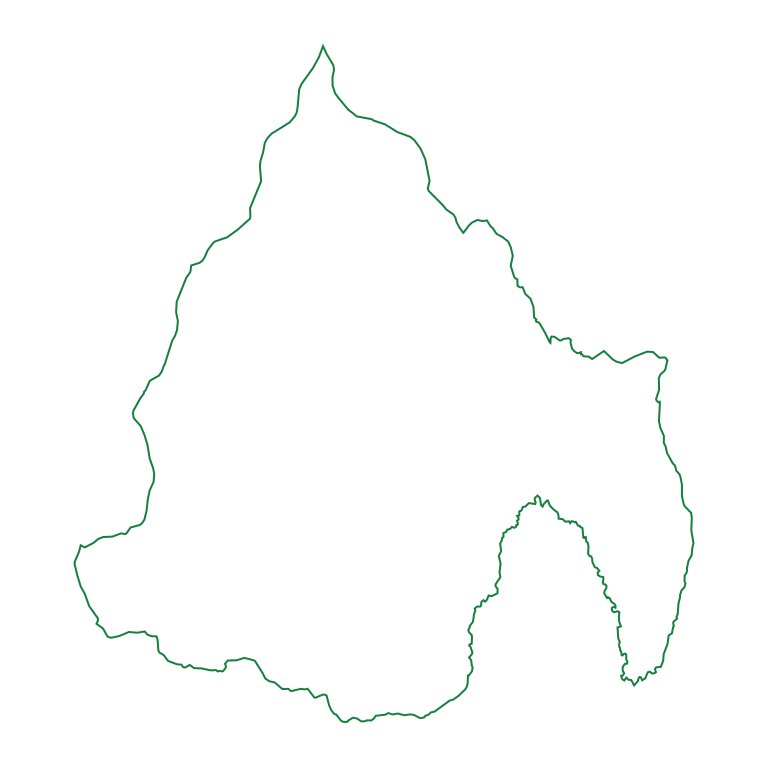 outline of Giraldo, Antioquia, Colombia
{"feature_id": "7082276B20831515538679", "entity_name": "Giraldo", "entity_type": "district", "adm_level": 2, "iso_a3": "COL", "parent_name": "Colombia", "parent_adm1": "Antioquia", "projection": "equal_earth", "projection_center": [-75.917, 6.672], "detail": "fine", "context": "isolated", "style": "outline", "palette": "green", "viewbox_px": 768, "rotation_deg": 0, "n_neighbors": 0, "source": "geoboundaries", "source_scale": "gbopen_adm2", "svg_char_len": 6100}
<svg xmlns="http://www.w3.org/2000/svg" viewBox="0 0 768 768"><path d="M96.5,623.8L103.1,628.6L107.5,636.6L109.3,637.3L111.6,637.7L119.3,636.0L128.9,632.0L137.2,632.7L144.7,631.5L147.4,634.6L151.5,636.2L156.5,636.4L157.5,639.3L158.4,650.5L159.5,652.6L163.7,655.1L168.0,660.9L177.0,664.3L181.3,664.6L183.3,667.2L185.1,667.5L189.7,664.9L194.0,668.1L201.4,668.4L210.9,670.4L216.0,670.1L217.8,671.5L218.9,670.9L222.1,671.4L223.2,671.1L225.6,667.9L226.0,666.2L225.0,663.8L227.8,660.5L236.5,660.3L244.3,657.9L252.7,660.0L254.9,660.9L262.5,672.9L265.3,678.5L269.2,681.2L274.8,682.5L282.3,689.0L288.5,688.9L290.3,690.7L291.7,691.0L300.6,688.9L304.8,689.4L307.7,688.8L314.2,697.4L315.5,697.7L322.6,694.7L324.9,694.6L326.6,695.6L329.1,705.3L331.4,710.4L334.3,714.0L336.3,714.6L340.8,720.5L343.0,721.8L347.2,721.9L348.5,720.4L353.0,717.7L357.3,718.6L361.0,721.3L363.9,721.4L367.3,720.3L371.1,720.5L373.4,719.0L375.8,715.8L385.2,714.7L388.3,713.1L392.8,714.5L397.9,713.5L404.1,715.2L410.5,714.4L413.9,714.9L420.1,718.1L424.3,717.4L425.2,715.9L428.8,714.5L430.6,712.5L434.4,711.7L449.5,700.7L453.4,699.5L458.7,695.7L465.3,689.3L466.7,687.0L467.7,683.3L467.9,675.7L468.5,675.9L472.0,671.3L472.6,667.4L471.8,665.5L471.2,660.1L469.0,657.6L471.9,654.2L472.4,652.5L470.5,647.0L469.2,645.3L469.5,644.5L471.7,643.7L472.0,636.8L471.6,635.0L469.2,632.5L468.3,630.3L469.8,627.2L469.6,626.3L473.0,621.7L474.1,613.9L475.3,610.9L474.7,608.5L477.3,606.5L480.4,606.5L481.2,605.2L481.2,602.7L482.0,601.2L483.5,600.2L484.9,601.6L485.8,601.2L487.1,599.4L488.6,595.5L491.6,596.2L497.5,593.3L497.6,588.9L495.6,586.3L495.5,584.5L500.4,577.1L499.5,572.7L500.6,563.7L498.8,556.0L501.2,551.0L500.1,543.6L501.8,540.4L502.0,538.1L503.5,536.9L503.3,533.2L506.3,531.8L507.1,529.7L510.0,529.0L511.9,526.9L514.3,527.8L516.0,526.8L516.4,525.1L517.1,525.2L518.0,523.9L517.0,520.7L518.5,519.6L518.5,517.7L517.1,516.0L519.3,515.3L519.3,511.3L520.9,510.9L521.8,509.8L522.7,507.1L525.6,506.4L528.8,503.1L535.2,504.0L535.7,502.3L534.8,500.4L534.8,498.0L537.5,495.6L539.9,497.9L541.1,505.1L542.6,506.6L543.7,504.1L547.1,500.5L547.9,500.5L549.8,505.6L554.0,509.9L557.3,512.2L558.3,514.7L558.7,518.7L562.6,519.1L565.4,521.7L569.2,521.3L570.1,523.2L571.8,521.1L574.5,522.1L575.7,521.8L578.0,525.6L580.0,526.1L580.4,527.0L582.5,528.2L583.3,537.5L584.2,538.0L585.0,537.0L585.9,537.2L586.3,541.7L587.6,542.5L587.9,543.4L588.5,546.4L588.1,553.7L588.6,554.7L589.8,556.1L590.8,556.2L592.1,558.2L592.4,562.2L594.9,567.2L597.0,568.0L599.4,570.8L597.7,572.5L597.9,575.0L600.3,576.6L603.2,576.9L603.4,579.1L602.8,582.7L603.6,584.2L605.2,584.4L606.5,585.8L606.4,587.8L604.4,591.4L604.2,593.1L607.1,598.1L607.8,598.1L608.1,597.3L609.5,598.0L611.7,602.1L614.5,603.9L615.6,605.9L615.4,607.7L613.6,606.9L611.9,607.8L611.8,609.8L612.9,611.6L614.2,612.2L617.5,611.2L619.4,612.2L618.9,616.9L619.2,621.6L620.9,626.3L617.5,627.5L618.4,638.9L619.8,641.9L619.1,644.2L619.3,647.0L620.2,648.3L620.0,650.0L621.0,651.3L621.7,655.2L622.3,655.5L624.3,653.6L625.8,653.9L626.3,655.7L626.2,658.9L627.5,662.1L626.8,663.8L625.0,663.8L622.7,667.0L622.7,670.7L624.2,673.3L622.8,675.5L621.1,675.8L621.3,676.6L622.4,679.4L624.3,680.5L626.3,677.6L628.5,679.7L631.3,680.1L634.1,685.4L637.9,681.1L638.7,677.9L639.7,677.0L640.9,677.3L642.1,680.3L645.2,678.4L647.8,672.3L649.8,671.7L652.3,673.6L654.2,673.2L655.9,672.3L655.0,669.0L656.3,667.3L660.9,666.8L663.2,660.6L663.7,654.1L667.5,644.0L668.7,635.4L671.9,633.4L673.2,626.8L673.9,625.9L673.2,623.7L673.5,621.7L677.0,618.7L676.6,616.6L677.7,614.2L678.5,603.5L680.2,596.5L679.9,595.4L681.6,590.3L684.3,587.5L685.5,583.7L684.5,581.2L684.7,575.4L686.4,573.1L687.0,570.8L686.9,568.4L688.5,560.9L691.6,555.3L692.4,547.5L693.5,543.3L691.3,530.1L691.8,517.8L691.1,512.8L684.6,506.2L683.5,503.2L682.0,496.2L681.9,484.4L680.4,476.8L679.5,474.3L676.3,470.7L675.1,465.8L672.6,463.1L667.0,452.9L665.7,446.7L663.8,442.9L663.9,435.9L660.3,427.8L659.0,421.2L659.9,403.0L659.7,401.8L658.6,402.4L656.7,400.8L656.1,398.9L659.1,389.9L658.8,378.1L660.6,374.3L664.4,370.9L665.5,368.8L667.4,360.3L665.9,358.1L664.4,357.4L659.4,357.8L653.1,352.1L648.6,351.7L646.7,351.8L634.4,356.6L622.1,363.1L616.3,361.6L612.7,359.4L604.0,351.0L592.2,359.0L588.7,356.6L583.5,356.3L582.0,354.3L581.0,354.3L580.9,352.2L578.6,353.1L576.6,352.9L574.2,351.1L572.0,348.6L570.5,342.4L571.0,340.1L568.8,338.2L563.6,338.9L560.9,340.5L559.5,340.3L554.6,336.9L551.7,336.5L550.7,337.7L550.4,342.9L549.8,342.4L544.7,332.1L540.1,324.2L538.9,322.6L536.3,321.7L535.8,320.3L536.3,319.5L534.1,317.4L533.5,307.1L530.5,298.7L525.3,294.0L522.6,287.2L520.1,287.4L517.5,285.8L517.4,279.4L515.2,278.2L514.1,276.6L510.7,265.9L512.8,255.8L510.8,247.4L508.3,241.7L502.5,237.1L496.6,233.9L492.6,228.0L490.7,226.5L486.9,220.4L482.9,221.1L477.4,220.0L471.9,222.6L468.7,225.8L463.4,232.8L462.8,232.3L459.0,226.8L456.4,221.7L455.5,217.9L453.3,214.4L446.4,209.6L443.0,205.4L428.6,190.9L427.8,188.4L429.6,180.9L425.3,159.3L420.7,148.9L414.5,140.3L410.4,136.9L397.5,132.1L384.9,124.3L373.4,120.5L371.8,119.2L356.8,116.4L348.0,109.4L338.4,97.8L335.1,93.3L332.6,85.7L332.5,76.9L334.1,69.8L333.3,65.2L326.7,54.1L323.0,46.1L319.0,57.0L313.0,68.0L301.7,83.7L299.2,89.3L297.5,108.1L296.6,112.7L294.9,116.2L289.8,122.3L271.5,133.7L267.4,138.2L264.9,142.6L263.1,152.3L260.5,161.0L259.9,165.9L261.1,181.3L250.1,208.0L250.4,217.2L249.9,218.8L237.4,229.9L227.1,237.3L214.9,241.5L213.2,242.8L207.9,249.9L204.5,257.5L202.3,260.8L199.5,262.8L191.2,265.5L190.4,271.9L186.3,277.7L176.7,301.7L176.1,312.2L177.9,321.1L177.0,330.2L174.9,336.1L172.2,340.6L164.6,364.8L164.0,365.2L162.0,371.1L159.1,375.5L149.8,380.8L145.7,390.1L144.1,391.7L143.8,393.5L140.2,398.5L133.7,410.2L132.9,412.9L133.7,418.1L140.8,426.2L144.4,434.8L147.5,445.0L149.7,458.5L153.2,468.5L154.2,474.0L153.6,481.8L149.7,490.4L147.8,499.3L146.5,511.2L144.4,519.6L142.0,523.3L140.0,524.9L130.6,527.5L126.4,533.4L125.1,534.2L121.3,533.3L112.5,536.6L103.3,537.0L98.5,538.8L93.3,543.0L84.9,547.4L80.7,545.3L79.1,551.6L74.8,561.7L74.5,563.6L77.3,575.4L80.7,586.5L84.7,593.6L89.2,606.1L97.9,618.4L97.9,620.8L96.5,623.8Z" fill="none" stroke="#15803d" stroke-width="2"/></svg>